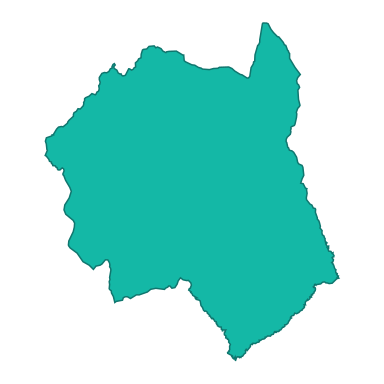 Luwu Utara, Sulawesi Selatan, Indonesia (Natural Earth projection)
{"feature_id": "22746128B26232805086319", "entity_name": "Luwu Utara", "entity_type": "district", "adm_level": 2, "iso_a3": "IDN", "parent_name": "Indonesia", "parent_adm1": "Sulawesi Selatan", "projection": "natural_earth1", "projection_center": [120.334, -2.406], "detail": "fine", "context": "isolated", "style": "filled", "palette": "teal", "viewbox_px": 384, "rotation_deg": 0, "n_neighbors": 0, "source": "geoboundaries", "source_scale": "gbopen_adm2", "svg_char_len": 5940}
<svg xmlns="http://www.w3.org/2000/svg" viewBox="0 0 384 384"><path d="M233.5,358.7L235.0,357.1L235.6,357.2L235.4,361.0L236.4,358.0L237.5,356.7L238.5,356.8L239.4,357.6L239.9,356.9L240.9,357.5L241.5,356.4L242.6,356.2L244.1,354.0L245.5,353.0L245.7,351.3L245.3,350.6L246.2,349.3L247.2,350.5L250.4,346.6L250.4,345.1L252.0,344.0L252.5,344.4L252.9,343.3L255.5,343.5L257.1,342.4L258.9,342.1L259.5,341.4L259.2,340.2L260.7,340.3L262.3,339.2L264.0,339.0L265.1,338.3L265.1,337.2L266.4,337.1L267.5,336.0L270.5,336.1L271.5,334.7L273.3,334.3L274.6,331.6L275.2,331.6L275.2,332.4L276.3,332.4L276.8,331.5L278.3,331.6L279.4,330.9L279.4,330.2L280.8,329.9L282.6,327.3L283.6,327.2L284.9,326.1L284.7,324.9L286.4,324.6L288.0,323.2L288.8,321.0L289.3,320.8L290.2,318.9L291.5,318.0L290.5,317.4L290.7,316.9L292.2,315.7L293.7,315.4L294.7,313.2L296.6,313.7L298.9,312.5L300.4,310.8L302.2,310.1L302.2,309.5L303.9,308.0L304.5,307.0L304.1,306.7L304.6,305.4L304.2,304.8L305.5,304.8L305.2,304.2L305.4,302.0L307.2,299.9L307.2,300.4L307.6,300.5L309.8,298.8L309.9,297.8L311.0,297.3L309.9,296.8L310.4,296.3L311.2,296.5L311.7,295.8L311.5,294.6L312.6,294.7L312.8,293.6L314.0,293.0L314.2,291.6L315.1,290.9L315.5,289.0L315.2,287.8L313.9,287.6L313.3,286.9L314.2,286.2L314.5,284.7L315.1,284.2L316.0,285.3L316.5,284.6L320.7,283.9L322.6,282.2L324.6,281.9L325.9,282.9L327.2,282.9L329.1,283.6L332.2,283.2L336.8,278.7L338.8,278.1L338.1,277.4L338.3,276.3L337.8,276.5L338.1,276.1L336.7,274.6L336.5,273.7L337.2,274.1L337.3,273.7L335.8,272.6L335.6,270.4L336.0,269.9L334.7,268.6L333.6,265.0L332.8,264.0L332.9,263.3L331.7,262.7L333.3,260.9L333.4,259.4L332.8,259.1L332.1,257.6L332.6,257.0L333.7,256.9L334.0,255.6L332.9,253.9L333.0,252.7L332.0,253.2L330.9,251.4L328.7,251.1L327.7,248.4L328.6,248.5L328.6,246.1L327.1,246.8L327.2,246.2L326.1,244.6L326.3,243.4L327.0,242.9L326.0,242.0L325.6,242.7L325.0,239.8L325.1,238.6L324.3,237.5L324.0,236.0L322.4,234.8L321.9,232.9L322.1,230.6L320.0,228.0L320.4,226.4L319.4,222.4L318.7,220.6L317.3,219.1L317.3,217.7L315.4,212.4L315.6,209.2L315.0,208.4L313.3,208.1L311.9,205.1L309.9,204.0L306.6,199.8L306.3,198.0L307.1,193.3L306.5,189.6L306.9,188.7L305.4,188.1L303.2,183.7L300.7,183.2L302.1,178.8L303.8,175.3L302.9,167.3L302.0,165.4L299.0,164.1L297.7,162.5L296.6,157.2L293.7,152.3L292.0,150.9L289.4,150.2L288.5,147.8L287.8,147.5L286.7,142.4L286.1,141.7L286.2,139.3L287.2,137.2L290.3,134.3L290.9,131.8L290.5,130.3L291.1,128.7L290.8,127.6L291.3,126.8L294.4,125.4L295.0,124.1L296.5,117.4L296.8,113.9L296.3,112.4L297.7,108.4L299.4,106.5L300.0,105.3L298.5,99.4L297.9,90.1L299.6,87.4L298.6,84.9L297.2,83.6L296.6,80.6L297.7,77.6L300.3,74.5L295.0,67.4L289.6,58.4L289.6,53.5L288.7,52.4L288.4,51.0L287.6,50.3L285.8,45.4L284.4,44.8L283.3,42.4L278.8,36.9L277.5,36.7L273.5,32.6L271.0,29.4L268.1,23.7L266.6,23.1L263.0,23.0L262.4,23.8L259.8,39.6L259.7,42.3L258.6,44.8L257.7,45.4L255.0,54.9L254.7,61.3L253.6,61.9L253.3,64.0L251.1,67.6L249.8,76.4L248.4,78.0L247.0,78.0L242.0,74.8L240.2,74.4L234.7,71.0L232.0,68.5L228.7,67.0L219.4,67.3L217.8,68.3L213.6,68.5L209.5,69.6L202.5,69.1L201.3,68.2L198.3,67.4L194.8,65.2L191.8,64.8L185.5,61.8L184.2,60.7L183.7,55.0L182.9,55.1L176.3,51.1L168.9,51.4L166.6,51.8L165.9,52.6L163.0,51.2L161.0,48.6L157.5,47.0L155.8,47.8L154.2,45.9L149.0,46.4L146.7,49.0L143.4,49.4L142.5,50.0L141.2,54.2L141.0,57.8L138.6,58.9L137.7,60.8L135.4,62.9L135.6,67.0L134.0,67.9L133.2,69.3L131.5,70.1L129.7,68.9L128.7,68.8L125.4,75.3L122.9,76.0L121.9,75.5L121.0,73.8L120.2,74.1L118.2,73.0L116.9,70.2L114.3,68.5L113.7,66.8L115.2,65.0L114.3,63.6L113.0,64.5L112.0,66.6L112.0,68.2L110.4,68.7L108.9,71.5L106.6,72.8L104.4,72.5L101.9,73.4L99.3,77.5L99.3,79.7L100.2,82.3L99.7,84.4L98.7,85.7L99.2,88.6L98.9,90.1L98.3,91.4L97.1,91.9L95.8,94.4L95.3,94.8L91.9,93.6L89.1,96.2L85.6,97.7L84.6,98.7L84.6,100.7L83.6,102.5L83.8,103.6L83.3,105.7L80.3,109.0L78.0,108.7L76.4,111.3L74.0,112.7L73.4,114.4L73.4,116.3L68.9,120.4L67.7,122.1L67.5,123.2L63.1,126.8L61.3,126.5L58.5,127.1L56.6,129.1L53.5,134.3L53.6,134.9L52.0,134.9L51.8,135.9L46.4,137.8L45.4,141.2L46.3,143.9L46.9,149.5L47.4,150.2L45.2,155.5L46.3,156.1L48.8,159.3L49.5,161.3L51.4,162.1L51.5,163.5L52.6,164.3L52.8,165.6L55.4,165.9L55.9,167.1L57.1,167.6L57.3,168.8L58.1,169.9L60.0,169.9L62.2,167.9L63.6,168.9L64.1,170.8L62.9,173.9L63.0,174.8L63.8,175.6L65.6,180.3L69.8,187.4L71.3,191.3L69.2,198.0L64.8,204.9L64.0,209.9L65.8,214.3L73.2,220.4L74.6,223.1L74.3,227.2L73.2,231.8L68.8,241.0L68.4,245.0L68.7,245.9L70.2,248.0L77.1,253.1L83.0,261.7L89.2,265.2L93.4,269.4L96.0,266.1L100.1,265.2L102.0,264.0L105.4,259.8L107.8,259.9L109.5,262.9L109.9,265.1L109.6,266.8L110.5,268.1L110.9,270.0L109.6,277.6L110.0,279.4L109.2,281.6L109.6,284.5L109.2,288.6L109.6,289.5L111.2,290.7L111.5,293.0L113.4,296.6L114.8,302.5L116.3,301.4L122.5,300.2L123.3,297.8L125.0,296.8L127.3,296.7L130.5,298.5L136.5,294.8L139.1,294.9L147.4,292.0L150.7,289.3L155.8,288.3L164.5,289.4L165.7,288.1L167.8,287.1L168.6,286.0L169.9,286.0L171.9,288.2L174.9,287.6L177.1,284.2L178.2,280.8L180.5,277.8L183.1,279.8L186.8,280.6L188.4,280.4L190.8,282.8L191.4,285.1L190.2,288.4L189.3,288.6L188.7,290.1L191.1,291.9L190.7,292.5L191.9,293.5L192.8,295.4L196.9,297.8L195.3,298.1L196.2,299.4L199.0,300.1L200.2,301.0L201.0,305.6L202.5,307.5L203.5,310.2L204.7,311.3L205.5,311.0L206.7,311.6L207.5,312.6L207.3,313.1L209.6,315.2L209.4,316.0L210.1,316.1L211.3,318.1L212.0,318.8L212.4,318.2L213.2,318.5L214.8,321.3L216.2,321.7L216.1,323.0L216.7,323.2L216.6,324.1L217.5,324.9L217.4,325.7L219.3,326.9L221.3,327.1L221.3,329.2L222.1,329.5L222.3,330.8L222.7,330.9L223.0,329.9L225.8,330.0L225.1,330.9L225.3,331.8L224.6,332.1L224.3,333.2L224.4,334.8L225.9,335.9L225.7,337.9L226.9,338.2L227.4,339.2L227.8,339.0L228.5,339.9L228.9,341.0L228.6,342.0L230.4,344.5L229.6,346.2L229.7,349.7L228.9,350.8L229.2,351.4L227.6,352.4L227.7,353.3L232.3,355.8L231.8,356.6L232.7,357.0L232.6,357.8L233.5,358.7ZM234.3,359.6L235.3,358.3L235.1,357.2L234.5,358.7L234.3,359.6Z" fill="#14b8a6" stroke="#0f766e" stroke-width="1.5"/></svg>